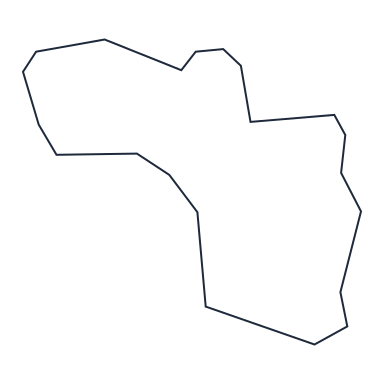 SVG path tracing the border of Slough
{"feature_id": "GBR-5704", "entity_name": "Slough", "entity_type": "Unitary Authority", "adm_level": 1, "iso_a3": "GBR", "parent_name": "United Kingdom", "parent_adm1": "", "projection": "natural_earth1", "projection_center": [-0.575, 51.482], "detail": "fine", "context": "isolated", "style": "outline", "palette": "slate", "viewbox_px": 384, "rotation_deg": 0, "n_neighbors": 0, "source": "natural_earth", "source_scale": "10m", "svg_char_len": 379}
<svg xmlns="http://www.w3.org/2000/svg" viewBox="0 0 384 384"><path d="M104.6,39.5L181.3,70.2L195.7,51.7L223.2,49.1L240.9,65.8L250.5,121.9L334.3,114.9L345.3,135.0L341.1,172.9L361.0,211.4L340.4,292.2L347.3,326.4L314.5,344.5L205.7,306.6L197.4,212.2L169.3,174.9L136.9,153.6L56.5,154.8L38.7,124.6L23.0,71.8L36.1,51.7L104.6,39.5Z" fill="none" stroke="#1e293b" stroke-width="2"/></svg>